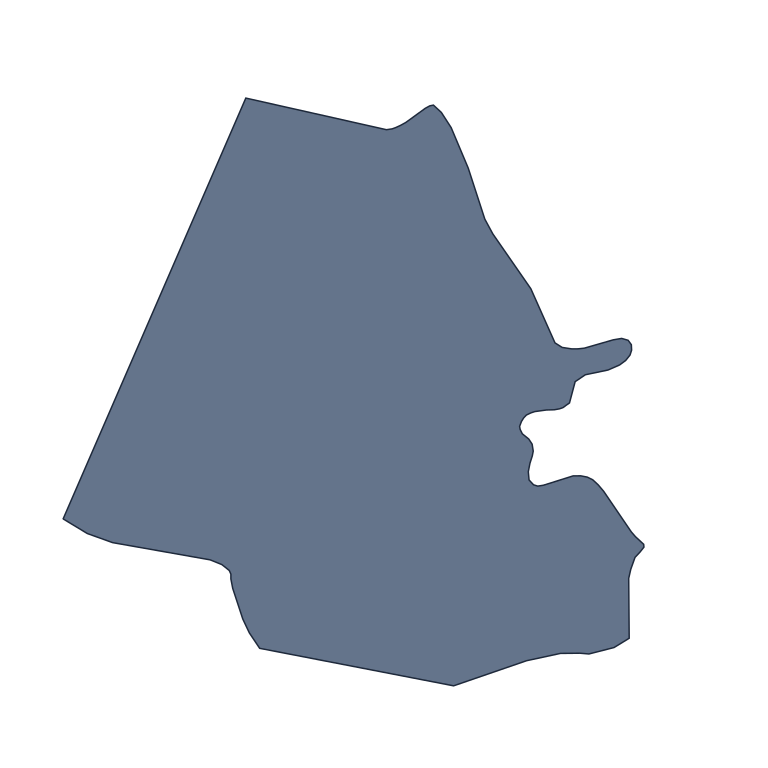 Salima, Mercator projection, rotated 191°
{"feature_id": "MWI-1914", "entity_name": "Salima", "entity_type": "District", "adm_level": 1, "iso_a3": "MWI", "parent_name": "Malawi", "parent_adm1": "", "projection": "mercator", "projection_center": [34.346, -13.759], "detail": "fine", "context": "isolated", "style": "filled", "palette": "slate", "viewbox_px": 768, "rotation_deg": 191, "n_neighbors": 0, "source": "natural_earth", "source_scale": "10m", "svg_char_len": 1272}
<svg xmlns="http://www.w3.org/2000/svg" viewBox="0 0 768 768"><g transform="rotate(191 384 384)"><path d="M455.6,100.8L468.7,114.0L477.8,126.4L493.5,154.5L497.1,163.4L498.0,168.1L500.3,171.4L508.7,175.8L521.1,178.2L620.2,176.5L646.7,180.6L672.6,190.1L673.2,190.5L574.2,638.3L430.1,634.1L424.7,636.0L421.5,637.9L417.3,640.9L412.5,644.9L396.1,662.5L392.1,665.8L388.7,667.2L379.5,661.5L367.0,648.5L342.5,612.0L316.5,565.1L305.8,552.1L258.0,505.5L224.0,457.0L216.1,453.9L206.4,454.3L200.4,455.5L194.2,457.4L167.4,471.1L159.4,474.1L152.7,473.5L148.7,469.8L147.4,464.5L148.0,459.4L151.2,453.3L156.3,447.7L166.7,440.5L188.1,431.5L196.8,422.8L198.3,400.8L201.6,397.4L202.4,396.4L203.9,394.9L207.0,393.1L211.9,391.2L219.5,389.5L230.7,385.7L234.4,383.6L238.3,380.7L240.4,377.4L241.9,373.5L242.8,368.3L241.7,365.4L238.7,361.5L231.4,357.6L227.1,353.2L224.7,346.6L224.7,341.7L225.6,334.0L225.6,325.4L223.3,317.5L218.0,313.6L213.6,313.1L208.3,315.0L180.8,329.9L173.3,331.4L166.7,331.4L160.8,329.8L154.4,325.8L147.9,320.6L113.0,286.0L108.0,282.1L98.5,276.2L97.7,273.5L100.6,267.9L104.5,261.7L106.4,249.2L106.7,239.9L94.8,181.2L107.9,169.2L131.3,158.1L140.4,157.1L159.4,153.2L191.2,139.6L258.1,101.0L455.5,100.8L455.6,100.8Z" fill="#64748b" stroke="#1e293b" stroke-width="1.5"/></g></svg>